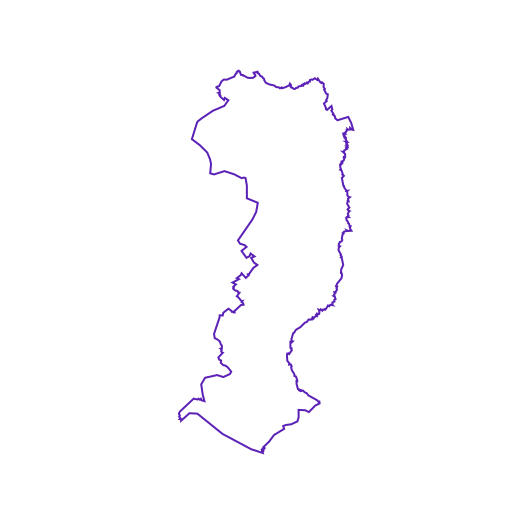 outline of Lanao del Norte, Lanao del Norte, Philippines, rotated 137°
{"feature_id": "2640588B52014741175725", "entity_name": "Lanao del Norte", "entity_type": "district", "adm_level": 2, "iso_a3": "PHL", "parent_name": "Philippines", "parent_adm1": "Lanao del Norte", "projection": "equal_earth", "projection_center": [123.903, 8.014], "detail": "fine", "context": "isolated", "style": "outline", "palette": "violet", "viewbox_px": 512, "rotation_deg": 137, "n_neighbors": 0, "source": "geoboundaries", "source_scale": "gbopen_adm2", "svg_char_len": 6104}
<svg xmlns="http://www.w3.org/2000/svg" viewBox="0 0 512 512"><g transform="rotate(137 256 256)"><path d="M423.0,186.6L411.9,186.4L406.4,180.7L401.8,148.6L391.3,118.0L385.4,107.3L384.4,109.4L384.0,108.2L383.6,108.3L383.7,109.8L383.3,110.5L382.2,110.1L382.1,109.4L380.7,109.6L381.0,111.2L373.1,111.3L364.9,112.8L353.3,110.4L352.1,113.1L349.5,112.1L345.0,108.9L338.5,106.8L334.9,108.9L329.8,114.4L325.2,109.6L323.8,105.8L314.7,106.2L310.0,104.8L309.4,105.7L309.8,105.6L309.7,109.0L312.7,118.1L312.5,121.2L313.3,122.9L313.5,125.7L315.4,126.6L316.1,128.2L315.9,129.2L315.5,129.0L316.1,130.1L313.5,134.9L311.7,136.9L311.2,136.3L310.5,137.1L309.0,140.6L309.7,142.1L308.6,143.3L307.6,148.2L306.2,150.7L305.2,150.9L304.5,152.7L305.1,153.2L304.9,154.2L305.5,154.3L304.7,155.0L304.6,158.0L301.0,162.4L299.9,163.2L299.3,161.8L299.4,162.7L298.8,162.8L298.6,161.7L294.1,162.6L293.8,163.8L292.9,164.2L293.4,165.5L289.5,169.6L289.1,168.5L287.3,168.5L288.0,169.6L286.8,171.0L281.5,174.2L280.4,173.9L277.2,174.8L271.9,173.7L265.8,173.9L263.6,173.1L261.0,173.7L259.6,172.4L260.0,172.1L260.2,171.7L259.5,172.5L258.2,171.2L256.6,171.0L256.4,172.0L256.9,172.4L256.3,172.7L255.6,171.4L252.8,171.2L252.2,169.4L252.6,171.0L252.1,172.9L251.9,171.8L251.1,172.1L251.2,171.4L250.2,171.6L249.8,170.6L249.2,170.6L247.5,172.1L246.8,173.9L246.4,172.8L245.0,172.9L244.8,170.8L243.8,171.2L242.3,169.7L242.0,170.3L240.7,169.6L237.1,170.7L236.7,169.3L235.0,169.7L233.8,168.2L233.9,168.8L232.8,168.6L231.9,169.9L229.7,169.2L228.7,170.5L227.2,170.2L226.2,172.4L226.5,173.7L225.8,173.3L225.4,174.4L224.0,174.7L223.4,176.0L222.7,175.0L221.8,175.8L220.4,175.8L219.4,176.5L219.1,177.6L217.4,178.3L218.1,179.3L215.4,180.5L208.9,181.4L206.3,183.0L205.1,185.0L205.5,185.6L202.8,188.1L198.4,189.9L194.4,196.4L194.8,197.0L193.7,197.2L193.6,198.9L192.9,199.1L191.7,203.9L190.0,205.5L187.9,205.8L188.6,207.1L187.0,208.4L185.8,208.6L185.7,207.7L185.8,208.8L185.1,209.1L183.4,208.3L182.0,208.8L181.5,210.1L178.3,212.5L176.6,212.7L176.7,213.7L174.8,213.7L172.2,212.1L172.1,212.7L171.6,211.5L169.0,209.4L168.7,211.4L167.3,214.0L167.1,214.2L166.7,213.2L166.5,213.3L167.1,214.1L166.0,216.0L166.3,217.0L165.5,217.8L165.4,219.1L164.7,218.9L165.3,219.3L165.2,220.6L164.0,222.5L162.2,222.5L162.4,221.8L161.8,221.3L161.9,222.1L160.8,222.4L160.0,224.4L157.5,225.0L157.4,226.6L157.2,226.4L157.3,226.8L156.5,227.8L154.7,227.7L153.7,232.1L151.3,233.7L151.3,234.7L150.8,233.2L149.7,235.2L147.3,235.0L147.9,236.0L147.9,238.0L145.2,241.0L145.5,241.5L144.6,241.4L145.3,242.0L144.9,245.5L144.0,247.1L144.3,247.6L140.0,254.5L137.1,254.7L137.3,256.4L136.9,256.3L135.1,260.2L135.6,261.7L134.5,261.8L133.9,263.3L132.0,265.4L132.6,265.7L131.4,265.0L131.1,265.3L131.6,265.6L131.0,265.8L130.9,265.1L129.7,264.9L128.6,265.7L129.0,266.1L128.9,266.7L126.6,266.1L125.1,266.8L124.9,268.1L124.6,268.3L124.6,267.4L123.4,267.5L121.2,269.9L121.4,272.6L120.9,271.9L120.1,273.5L120.3,272.3L119.4,273.0L116.5,272.3L116.4,274.6L115.6,272.8L114.7,272.8L114.2,274.0L114.5,273.8L114.7,274.4L113.9,273.9L114.4,274.8L113.9,275.8L113.3,275.1L112.7,277.2L111.7,276.8L112.2,278.2L111.4,277.5L111.1,279.6L109.5,281.3L109.7,282.6L110.5,282.4L109.8,284.0L109.5,283.3L108.2,284.6L108.8,285.1L108.6,285.9L107.8,285.1L108.0,286.2L106.9,284.8L105.6,285.4L105.3,286.5L105.3,285.8L104.5,285.6L103.8,286.4L102.9,285.9L102.6,286.4L102.4,285.4L100.9,284.3L99.9,285.4L99.8,283.2L98.9,281.9L95.6,288.4L93.7,294.8L103.8,299.7L104.2,302.6L103.0,304.3L103.3,306.9L102.5,306.8L101.7,311.0L100.3,311.1L98.5,314.2L104.4,314.4L104.7,315.8L103.9,316.5L102.3,321.2L98.6,321.1L98.5,322.2L96.2,322.8L93.2,325.3L93.9,326.8L92.7,331.2L91.7,331.2L91.4,333.4L89.0,335.8L89.3,338.0L90.1,337.8L90.5,338.9L89.8,343.5L91.1,342.9L91.8,345.9L94.5,346.3L94.8,347.1L96.5,347.9L97.5,346.8L98.5,347.5L100.3,347.0L100.4,347.6L100.8,347.2L101.6,348.2L102.5,348.3L102.6,349.0L103.9,348.7L104.1,349.4L105.4,348.5L106.0,349.8L106.7,349.3L109.3,351.0L110.8,350.6L112.1,351.6L113.5,351.6L114.4,352.4L114.8,354.9L115.4,355.3L115.2,356.3L113.8,357.1L113.7,358.9L115.1,358.1L119.4,359.4L122.5,360.9L122.3,361.8L124.1,362.3L124.4,364.0L126.1,365.8L126.3,368.1L129.1,372.2L130.7,376.0L130.1,378.9L129.3,380.0L129.6,381.7L129.2,382.8L130.1,385.1L129.4,387.3L130.1,388.6L129.2,389.7L132.6,391.6L132.8,392.5L133.2,388.6L133.7,388.0L136.6,388.3L139.3,390.6L140.7,392.4L142.0,396.6L142.8,396.1L142.4,396.8L142.5,397.7L143.5,398.8L142.1,401.8L142.6,402.2L142.2,403.2L142.9,403.7L145.1,403.6L145.5,402.9L147.6,402.9L149.3,402.0L157.0,404.8L159.3,407.0L162.1,407.2L167.2,405.4L169.6,406.6L170.1,406.2L169.5,402.1L170.9,400.4L172.2,400.9L171.7,399.7L172.2,399.6L172.4,398.2L173.1,398.5L173.4,397.0L173.0,391.9L171.0,392.9L170.0,388.8L176.8,387.4L188.4,391.6L201.6,393.7L206.9,394.2L208.3,393.7L223.2,385.2L221.5,375.3L221.1,364.9L223.6,358.2L226.1,354.0L233.1,347.7L231.1,344.3L221.2,339.6L216.3,330.8L213.4,322.7L211.2,321.5L210.5,320.1L214.7,313.7L223.3,304.4L218.4,293.7L225.8,288.1L233.6,285.2L258.6,279.7L259.3,275.8L256.9,271.8L256.7,269.1L263.1,269.6L264.2,261.2L260.9,260.3L258.3,261.5L257.4,256.7L260.8,257.9L262.0,252.8L261.1,248.5L266.1,249.1L273.1,247.6L274.3,248.1L274.2,247.0L278.4,246.9L278.3,253.2L280.3,252.4L285.1,252.9L284.3,250.7L291.3,252.6L290.1,248.9L293.8,249.0L293.9,247.8L295.0,247.6L294.8,245.1L293.4,243.0L293.8,241.5L293.1,240.5L297.5,239.6L297.1,238.0L297.4,232.6L296.8,232.3L297.9,232.0L297.6,230.8L298.3,228.9L300.5,230.4L309.2,230.4L310.1,229.3L310.9,230.1L310.9,231.1L311.7,231.5L311.4,232.8L312.1,236.3L318.7,236.8L320.9,235.2L323.0,237.4L324.6,235.9L339.9,227.6L342.2,224.0L341.0,220.8L340.8,217.9L342.0,215.4L342.0,214.0L343.7,211.9L344.8,212.3L344.5,211.6L345.3,211.2L345.2,210.6L346.4,210.1L346.8,208.8L346.3,207.9L352.7,207.5L353.6,205.4L352.8,203.3L354.6,201.9L354.4,198.5L353.0,196.5L352.6,193.6L353.0,188.3L355.7,187.5L362.5,189.8L365.6,195.4L376.3,201.7L383.6,199.5L389.6,190.8L392.7,185.0L394.3,187.7L393.7,189.2L395.1,189.3L395.4,190.9L396.6,190.9L398.9,194.2L417.8,194.1L419.9,193.3L420.5,191.3L421.7,191.0L421.9,188.8L423.0,188.8L422.0,187.5L423.0,186.6Z" fill="none" stroke="#5b21b6" stroke-width="2"/></g></svg>